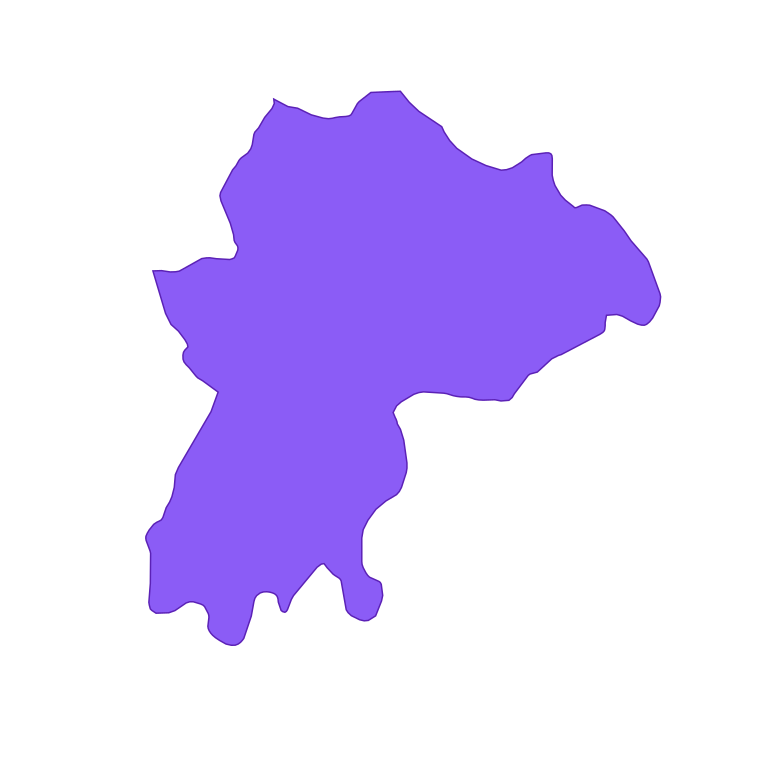 Wardak, Equal Earth projection, rotated 283°
{"feature_id": "AFG-1774", "entity_name": "Wardak", "entity_type": "Province", "adm_level": 1, "iso_a3": "AFG", "parent_name": "Afghanistan", "parent_adm1": "", "projection": "equal_earth", "projection_center": [68.09, 34.238], "detail": "fine", "context": "isolated", "style": "filled", "palette": "violet", "viewbox_px": 768, "rotation_deg": 283, "n_neighbors": 0, "source": "natural_earth", "source_scale": "10m", "svg_char_len": 3513}
<svg xmlns="http://www.w3.org/2000/svg" viewBox="0 0 768 768"><g transform="rotate(283 384 384)"><path d="M636.8,212.5L632.7,228.0L633.3,237.8L629.9,252.6L629.4,264.8L630.0,270.2L631.3,273.9L632.7,276.7L634.3,280.6L636.0,286.4L637.2,289.3L638.6,291.1L640.5,291.9L651.2,295.0L653.6,296.3L665.1,305.6L671.1,327.3L672.9,334.1L664.2,345.2L657.5,356.6L647.7,382.4L643.1,385.9L636.0,393.2L630.0,401.9L623.0,419.0L619.8,434.2L618.7,450.1L620.4,455.2L623.6,460.5L631.4,468.2L635.7,471.2L639.2,474.5L640.7,476.3L645.6,489.7L646.2,492.3L646.2,493.1L645.8,494.8L644.4,496.2L641.4,497.3L625.3,500.9L620.5,503.1L615.9,505.9L607.7,513.7L603.9,519.4L599.4,528.9L598.7,530.0L598.8,530.8L599.3,532.0L602.9,536.8L604.0,541.0L604.5,544.3L602.4,560.3L599.8,567.0L598.4,569.6L587.1,583.8L579.1,592.5L564.9,612.0L562.6,614.1L534.1,632.6L531.2,633.9L525.6,634.6L522.1,634.6L508.6,630.9L504.3,628.8L501.3,626.5L500.4,625.3L499.8,624.3L499.3,621.5L499.4,617.6L501.0,610.2L503.7,601.2L504.0,597.7L504.1,595.2L501.0,585.3L493.5,585.7L490.5,586.4L487.1,586.8L485.5,586.7L483.5,585.6L481.2,583.4L452.4,549.9L451.2,547.7L446.3,541.8L430.1,530.7L426.6,524.1L424.9,522.6L403.8,513.2L399.6,511.9L396.2,509.4L393.8,501.8L393.6,495.6L390.6,484.4L389.8,479.9L389.6,476.0L390.0,473.1L390.2,469.8L389.8,466.6L388.7,461.6L388.3,457.8L388.2,454.1L388.7,447.5L388.5,444.2L385.2,424.2L383.5,419.9L380.7,415.4L370.6,404.9L365.6,401.2L358.3,399.3L353.5,402.7L352.4,403.7L350.0,405.2L348.2,405.9L343.4,410.3L333.7,415.9L312.3,424.1L307.2,425.3L302.7,425.6L287.2,424.3L282.7,423.1L279.0,421.1L270.5,412.2L260.1,404.3L247.7,399.0L237.4,396.5L228.9,397.0L206.0,402.3L203.3,403.2L200.4,405.0L196.1,408.7L193.9,411.1L192.5,413.4L190.5,423.6L189.8,425.0L188.2,426.4L177.7,430.3L172.0,430.4L156.2,428.0L150.1,421.9L148.8,418.0L148.8,413.3L150.9,404.3L153.1,400.5L155.5,398.0L182.6,386.5L183.9,385.3L184.8,383.8L186.3,379.5L187.3,377.1L192.2,369.9L195.5,366.0L194.4,363.4L190.4,360.0L157.4,343.4L153.2,342.2L142.4,340.7L140.5,340.0L139.3,338.8L139.4,336.5L140.2,334.7L147.7,330.1L150.4,329.2L151.6,328.6L153.1,327.6L154.2,326.2L155.0,324.5L155.4,322.2L155.5,319.3L155.2,316.5L154.3,313.3L152.6,310.4L149.2,307.5L146.1,306.4L142.7,306.2L128.0,306.9L104.5,304.6L102.3,303.6L100.0,302.3L97.8,300.4L96.0,297.7L95.1,293.9L95.1,288.5L97.2,281.4L98.9,276.9L100.6,273.6L102.3,271.2L104.1,269.3L106.1,267.8L108.3,266.9L117.3,265.9L119.2,265.3L120.8,264.4L126.7,259.3L127.8,257.5L128.4,254.8L128.9,247.1L128.1,243.7L126.2,240.5L116.2,231.3L112.7,225.8L109.4,213.4L111.2,208.6L112.3,206.9L115.7,205.1L118.4,204.0L137.1,201.2L166.5,194.7L168.6,193.7L178.1,187.4L180.2,186.6L182.1,186.3L185.3,186.9L189.1,188.1L195.5,191.2L198.2,193.7L199.9,195.9L201.5,197.6L204.2,198.6L214.5,199.6L220.9,201.7L226.5,202.7L236.1,202.9L248.8,201.1L256.5,202.5L318.2,221.7L338.8,224.2L346.3,206.7L348.1,201.1L349.5,198.9L356.0,190.6L358.3,186.9L360.5,184.2L363.0,182.6L366.9,181.6L369.8,181.5L372.2,182.3L376.0,184.6L378.7,183.4L382.3,180.1L389.3,171.8L394.1,163.1L403.6,155.3L442.2,133.4L444.4,141.7L445.1,150.5L446.4,155.5L447.9,159.1L465.2,178.2L466.9,182.5L467.8,186.0L468.4,192.7L470.6,205.7L471.7,207.7L473.2,209.7L475.1,210.3L481.5,211.4L483.8,211.1L485.6,210.2L488.4,207.0L490.2,205.7L495.7,203.8L506.0,198.1L525.7,184.0L530.5,181.8L533.9,181.7L558.6,188.3L563.3,190.7L569.2,192.4L570.7,193.1L572.3,194.1L578.3,199.3L583.2,201.3L587.6,201.8L597.8,201.1L600.4,201.5L605.3,204.2L617.0,207.8L627.2,212.9L632.6,214.0L636.8,212.5Z" fill="#8b5cf6" stroke="#5b21b6" stroke-width="1.5"/></g></svg>